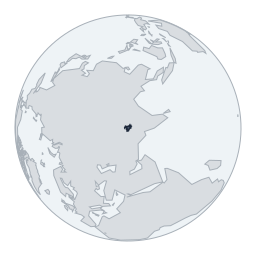 the Earth from above Haryana, rotated 259°
{"feature_id": "IND-2430", "entity_name": "Haryana", "entity_type": "State", "adm_level": 1, "iso_a3": "IND", "parent_name": "India", "parent_adm1": "", "projection": "orthographic", "projection_center": [76.236, 29.302], "detail": "fine", "context": "on_globe", "style": "filled", "palette": "slate", "viewbox_px": 256, "rotation_deg": 259, "n_neighbors": 0, "source": "natural_earth", "source_scale": "10m", "svg_char_len": 12051}
<svg xmlns="http://www.w3.org/2000/svg" viewBox="0 0 256 256"><g transform="rotate(259 128 128)"><circle cx="128" cy="128" r="113" fill="#eef3f6" stroke="#a8b0b8"/><path d="M157.9,19.4L158.0,19.5L165.6,22.7L170.9,24.7L167.5,23.7L179.4,28.7L185.4,32.6L176.8,27.7L174.6,26.9L177.8,29.0L176.2,28.6L176.8,29.6L174.6,29.1L169.8,26.6L168.2,26.3L170.6,27.9L169.8,28.7L166.6,26.3L165.0,27.5L156.7,24.3L149.9,19.7L143.5,18.6L131.9,16.2L131.1,16.5L126.3,16.2L123.6,16.5L122.2,16.3L121.3,16.8L123.1,17.0L123.3,17.4L122.0,17.7L119.9,17.3L120.3,17.1L119.0,17.2L118.6,16.9L118.0,17.2L115.7,17.0L115.9,17.8L112.3,18.0L111.3,17.7L114.2,17.0L118.9,15.7L126.8,15.4L134.6,15.6L142.5,16.3L150.2,17.6L157.9,19.4ZM101.9,18.4L103.1,18.1L102.8,18.3L105.3,17.9L102.0,18.8L97.4,20.0L95.1,20.4L93.0,21.0L92.8,21.5L86.3,23.5L77.9,27.2L76.6,27.8L77.4,27.4L85.3,23.8L93.5,20.8L101.9,18.4ZM175.0,26.5L173.1,25.4L175.5,26.6L175.0,26.5ZM177.2,29.8L178.3,30.3L178.2,30.6L177.2,29.8ZM107.0,17.5L106.2,17.7L107.0,17.5ZM108.9,17.3L109.4,17.1L110.4,16.9L110.0,17.0L108.9,17.3ZM174.7,30.2L174.1,30.7L173.8,29.7L174.7,30.2ZM108.0,17.6L112.0,16.7L113.7,16.5L113.8,16.9L108.0,17.6ZM173.3,30.8L172.0,32.4L174.3,33.4L167.3,31.6L170.6,30.7L169.9,29.2L171.6,30.4L173.3,30.8ZM124.3,17.0L122.3,16.8L125.3,16.7L124.3,17.0ZM126.1,16.9L134.8,16.7L137.1,17.4L133.7,17.2L137.6,18.0L134.4,18.4L131.5,18.0L130.7,17.5L130.1,18.1L126.1,16.9ZM163.6,30.5L162.6,30.6L162.7,30.0L163.6,30.5ZM123.7,17.5L125.2,17.4L127.3,17.9L124.5,18.4L124.7,18.0L123.7,17.5ZM140.2,18.2L141.2,18.8L138.9,19.2L139.0,19.5L134.5,18.5L140.2,18.2ZM123.6,18.1L123.0,18.6L120.8,18.7L122.3,17.8L123.6,18.1ZM128.9,17.9L129.8,18.2L128.4,18.1L128.9,17.9ZM112.6,19.7L114.5,19.3L115.7,19.5L112.6,19.7ZM123.0,18.9L123.8,18.8L124.5,18.9L123.7,19.3L123.0,18.9ZM133.2,18.9L132.0,19.1L134.9,19.4L133.3,19.9L130.6,19.1L131.1,19.7L130.6,19.8L129.0,19.1L133.2,18.9ZM124.9,20.1L121.0,19.6L117.3,20.3L116.1,20.0L122.2,19.1L124.9,20.1ZM127.4,19.5L125.6,19.8L125.1,19.3L126.0,18.8L127.4,19.5ZM133.2,20.5L136.4,19.9L136.8,20.1L133.2,20.5ZM124.0,20.3L125.0,20.5L123.8,20.4L124.0,20.3ZM130.5,20.5L131.5,20.2L132.1,20.5L130.5,20.5ZM126.1,21.0L124.8,20.8L125.3,20.4L126.1,21.0ZM128.2,20.9L128.6,21.3L126.3,20.4L128.6,20.7L128.2,20.9ZM130.8,20.8L131.5,20.8L130.3,20.9L130.8,20.8ZM124.6,22.7L121.6,21.8L122.8,20.9L125.6,21.9L124.6,22.7ZM16.2,118.2L19.3,99.4L21.0,95.3L23.6,88.5L37.4,76.7L37.8,80.5L45.7,85.7L46.3,87.6L42.5,92.1L46.3,104.3L50.8,101.5L56.9,109.7L62.8,112.3L69.8,103.2L60.2,98.6L61.3,92.9L71.2,92.3L80.0,96.8L80.7,94.8L77.5,88.2L81.9,85.7L76.6,85.7L77.0,88.3L73.7,88.4L73.2,86.1L74.8,85.2L72.8,83.2L65.8,88.4L65.4,91.6L58.8,89.5L57.5,94.7L54.9,95.9L56.0,87.6L57.7,85.2L57.9,75.1L55.5,77.2L55.2,87.1L54.2,85.7L51.0,89.2L52.7,85.4L53.7,74.5L49.3,72.6L39.5,78.2L37.8,76.8L38.2,72.8L45.9,64.0L48.9,68.2L51.6,65.7L54.6,60.0L55.2,61.9L56.8,60.3L58.3,61.8L63.8,59.9L65.9,61.2L71.4,56.9L73.2,57.1L69.4,59.5L67.9,62.1L73.3,65.8L75.3,65.4L78.5,62.4L79.6,64.0L82.0,60.7L86.8,61.6L82.9,57.8L86.5,54.7L91.2,53.5L91.7,52.0L84.1,53.9L81.6,55.4L80.6,57.7L73.4,61.7L70.8,61.3L75.8,54.8L72.6,53.7L77.9,49.6L95.4,46.1L101.0,46.9L103.1,54.6L99.9,56.0L97.5,53.8L96.6,58.6L98.2,56.9L99.1,58.4L102.8,56.1L103.6,57.1L105.7,53.5L107.1,54.5L105.8,56.7L112.4,54.8L116.3,56.3L117.4,55.5L117.5,54.1L122.4,57.2L123.0,56.5L121.6,55.1L121.9,52.8L124.4,50.0L125.9,51.3L125.3,52.4L126.1,56.9L124.1,60.1L125.0,60.4L127.1,57.9L126.0,52.4L127.1,50.4L128.1,52.8L127.8,51.8L128.8,51.2L131.2,51.9L130.4,49.2L139.3,42.4L144.9,43.4L144.8,46.1L152.7,43.7L158.4,45.6L157.1,44.3L160.0,42.6L158.3,41.9L157.9,41.2L164.6,37.5L167.4,37.8L168.9,35.3L168.2,34.7L166.2,34.3L167.3,31.6L174.3,33.4L175.4,34.7L179.0,35.3L181.0,38.2L184.4,41.1L184.5,44.3L187.1,46.6L188.2,46.6L192.7,50.0L197.9,57.3L188.7,51.3L179.9,41.6L183.1,45.4L180.9,44.6L181.1,46.1L183.5,48.9L184.7,49.2L180.9,55.3L183.7,64.3L187.1,62.7L190.6,64.5L196.7,74.9L195.6,91.7L200.3,95.6L201.5,98.8L199.5,101.6L197.6,97.0L194.4,96.1L193.6,93.3L189.8,96.8L188.6,92.9L186.2,97.8L188.6,100.5L192.5,98.6L190.9,104.9L196.6,109.2L198.7,115.6L194.3,129.1L187.5,134.4L187.4,136.6L183.9,135.0L180.4,139.9L187.8,150.1L188.0,153.4L181.9,161.0L181.5,158.6L172.3,154.3L171.4,162.3L178.4,167.6L180.9,174.4L175.8,173.1L173.3,167.0L170.0,165.3L170.3,158.4L166.5,148.7L161.4,151.3L161.2,147.1L155.2,139.1L147.5,142.4L135.7,154.0L135.0,164.5L130.5,169.0L122.9,153.9L121.4,143.5L117.4,144.2L110.6,134.9L95.2,132.3L94.1,129.4L91.0,130.1L86.4,126.4L85.1,121.5L81.8,121.0L85.4,133.9L89.1,134.4L93.7,130.8L93.9,135.1L98.5,139.6L89.5,148.1L68.5,151.8L68.3,143.6L62.0,118.2L63.2,116.0L63.3,115.7L63.3,115.1L60.8,118.5L60.4,113.6L61.8,130.7L61.2,137.4L68.2,152.1L67.1,153.0L69.9,156.4L81.2,156.4L80.9,158.9L74.4,169.1L60.4,179.9L63.3,190.3L64.2,198.0L57.8,200.1L60.9,206.2L57.9,206.6L59.4,209.6L58.4,211.5L55.9,212.0L49.1,207.4L46.7,204.4L40.3,196.5L30.5,178.8L30.2,173.3L28.8,167.4L24.0,151.1L24.9,144.7L24.1,140.6L22.2,139.2L21.6,134.3L20.6,132.8L16.3,126.1L16.2,118.2ZM29.7,84.9L28.6,86.7L29.7,84.9ZM87.4,107.0L93.9,109.2L94.3,102.0L96.8,102.4L96.0,99.9L94.3,101.5L92.8,94.9L96.8,93.9L97.7,91.0L95.5,90.1L88.4,93.2L90.5,102.4L87.6,104.6L87.4,107.0ZM75.8,28.2L76.1,28.0L75.3,28.5L75.8,28.2ZM64.0,50.8L63.3,52.5L61.1,53.8L58.5,53.0L61.8,51.0L64.0,50.8ZM62.9,54.6L68.6,48.9L70.4,49.5L68.4,50.1L69.1,51.0L66.1,52.3L62.3,58.7L60.0,60.4L56.5,57.5L58.9,57.4L59.4,55.6L62.9,54.6ZM79.8,36.1L82.3,34.4L83.0,37.7L80.6,38.9L77.9,38.0L79.2,36.0L79.8,36.1ZM107.4,18.7L108.3,18.4L108.8,18.4L108.5,18.7L107.4,18.7ZM113.4,19.5L104.0,20.5L104.6,20.1L98.4,21.6L97.5,21.1L101.5,20.1L96.2,21.0L99.4,19.9L95.7,20.8L104.7,18.6L107.4,17.9L104.7,18.8L105.5,19.2L106.7,19.1L112.0,18.6L118.2,17.6L119.9,18.1L119.5,18.7L118.3,19.0L117.6,18.6L116.5,19.3L114.4,18.9L113.4,19.5ZM113.8,29.7L113.5,28.4L111.0,31.1L108.9,30.2L108.7,30.6L106.1,30.5L102.7,31.3L102.2,30.7L101.1,31.2L99.4,31.4L97.7,32.0L96.1,31.2L93.9,32.0L94.4,31.2L91.1,32.8L92.9,31.3L90.8,31.5L90.1,32.8L86.0,28.6L82.8,28.4L79.2,29.3L82.8,27.0L88.5,25.0L94.6,23.7L97.2,24.3L98.3,23.3L99.9,23.4L98.3,24.2L101.7,23.1L102.5,23.5L108.0,23.2L112.3,21.8L114.4,21.8L113.2,22.5L116.2,22.1L115.2,23.5L116.7,23.6L117.3,25.2L114.0,26.7L115.9,26.7L116.4,28.2L113.8,29.7ZM124.7,23.2L121.2,24.9L118.3,25.3L118.6,22.4L117.4,22.1L117.4,20.5L121.5,20.0L121.1,20.5L121.7,20.8L120.2,20.8L121.8,21.1L121.3,21.8L122.5,22.3L121.0,22.7L124.7,23.2ZM48.6,86.6L49.3,87.5L50.8,88.4L48.8,90.8L48.6,86.6ZM49.1,79.2L50.0,79.5L47.9,82.9L47.1,82.1L49.1,79.2ZM52.3,76.8L50.2,79.2L50.9,77.4L52.3,76.8ZM70.4,59.7L71.6,60.0L71.0,60.8L69.6,61.6L70.4,59.7ZM105.9,38.8L106.2,37.7L107.0,37.6L109.5,35.4L111.3,36.1L110.4,37.7L105.9,38.8ZM67.2,104.2L64.4,105.3L64.0,104.0L65.0,103.8L67.2,104.2ZM55.4,97.9L57.2,100.6L54.8,98.5L55.4,97.9ZM108.3,39.2L109.1,38.2L109.4,39.2L108.3,39.2ZM112.7,36.5L113.4,37.5L111.8,36.0L112.7,36.5ZM118.5,237.9L120.4,238.4L118.5,238.3L118.5,237.9ZM80.8,201.7L78.3,213.1L73.6,211.8L71.2,207.7L71.0,200.4L75.9,199.6L77.9,196.5L80.8,201.7ZM203.4,184.2L205.8,183.7L205.7,184.2L203.4,184.2ZM200.9,183.7L203.8,182.8L200.3,184.8L200.9,183.7ZM204.9,182.4L207.8,180.5L209.1,179.3L208.8,180.3L204.9,182.4ZM198.8,184.4L187.2,187.6L182.4,187.5L183.7,185.7L191.4,184.2L198.8,184.4ZM183.3,185.7L175.8,182.6L164.6,170.5L168.7,170.2L180.2,176.7L179.5,178.2L184.0,181.0L183.3,185.7ZM200.9,172.6L200.1,177.1L193.8,178.6L190.9,178.7L188.9,173.7L190.0,170.5L192.5,170.0L201.2,157.5L204.4,158.9L201.9,163.9L204.5,166.9L200.9,172.6ZM135.6,165.4L138.5,171.4L136.0,172.5L135.6,165.4ZM204.2,149.4L201.0,154.9L203.7,148.0L204.2,149.4ZM205.4,143.1L205.9,145.3L204.2,143.6L205.4,143.1ZM187.8,139.8L185.3,140.9L184.9,139.3L188.0,136.9L187.8,139.8ZM200.3,121.1L201.4,125.9L201.2,127.7L199.6,125.2L200.3,121.1ZM124.2,45.6L118.7,47.6L115.9,50.0L116.1,52.5L113.4,50.0L117.8,46.4L124.2,45.6ZM137.3,42.6L137.1,40.6L138.7,41.1L139.0,41.6L137.3,42.6ZM136.1,41.7L132.9,40.1L133.8,38.8L136.1,40.3L136.1,41.7ZM120.4,39.2L118.6,39.7L118.4,38.8L120.4,39.2ZM208.2,207.1L210.1,204.9L208.1,206.8L211.2,203.4L207.8,207.0L208.5,205.5L206.8,206.2L189.4,218.1L186.4,218.7L188.7,216.3L189.0,210.7L190.2,210.5L191.4,206.0L202.5,198.0L211.0,186.9L215.3,185.1L219.8,177.1L223.7,175.0L221.5,180.6L224.4,180.9L229.3,168.0L228.2,177.6L228.3,179.1L227.4,181.0L223.3,188.0L218.7,194.8L213.7,201.1L208.2,207.1ZM209.4,182.3L213.0,177.7L214.7,176.6L209.4,182.3ZM238.5,150.1L238.3,150.7L238.5,150.0L238.5,149.9L238.5,150.1ZM238.7,148.6L238.8,148.4L238.9,147.6L238.8,148.4L238.7,148.6ZM238.7,148.0L238.7,148.6L238.6,148.3L238.7,148.0ZM238.4,148.8L238.2,148.8L238.3,148.5L238.4,148.8ZM233.6,157.6L234.7,160.6L233.3,162.3L231.9,161.1L229.8,165.7L225.8,168.5L227.0,165.8L226.7,163.3L222.0,165.2L221.0,163.8L222.9,161.4L219.4,161.8L223.3,158.8L224.6,161.9L226.7,157.5L229.8,155.9L232.5,154.9L234.2,155.9L233.6,157.6ZM222.8,167.7L223.5,167.3L222.8,168.8L222.8,167.7ZM237.8,148.0L238.1,148.9L238.0,149.5L237.8,149.7L237.8,148.0ZM234.6,154.7L236.7,149.1L237.0,148.6L235.6,153.9L234.6,154.7ZM236.4,147.5L237.1,146.9L237.4,148.2L237.2,148.9L236.4,147.5ZM215.1,168.2L214.9,169.4L213.8,169.0L215.1,168.2ZM216.5,166.8L219.6,166.5L216.2,167.9L216.5,166.8ZM206.2,167.3L207.2,169.6L210.5,166.6L208.0,170.0L210.0,173.5L209.2,175.5L207.2,171.6L206.2,176.8L204.7,177.3L204.1,173.4L205.7,167.7L207.1,165.0L213.0,161.7L206.2,167.3ZM216.6,163.6L215.7,160.8L216.3,158.4L217.3,159.6L216.6,163.6ZM212.8,154.3L210.1,151.6L208.0,153.9L212.0,146.9L214.0,150.6L212.8,154.3ZM210.0,146.9L208.1,149.1L209.9,145.2L210.0,146.9ZM207.4,148.0L206.8,145.5L208.5,145.2L207.4,148.0ZM211.1,146.6L211.0,142.0L212.1,144.3L211.1,146.6ZM205.2,139.8L209.5,142.8L204.5,142.7L202.8,134.1L204.9,133.2L205.2,139.8ZM207.3,100.3L206.0,98.1L207.4,96.8L207.9,98.7L207.3,100.3ZM210.8,91.2L207.3,95.7L204.4,99.6L206.0,100.3L206.5,104.8L203.4,101.7L204.4,95.9L206.9,93.7L206.0,90.1L207.0,86.8L204.7,82.7L204.7,80.5L207.5,83.6L210.8,91.2ZM203.6,81.1L199.9,73.7L203.2,73.4L204.7,74.9L205.0,78.3L203.3,78.3L203.6,81.1ZM200.0,71.9L198.3,71.9L189.2,62.9L188.1,61.0L196.8,67.2L195.6,67.6L197.2,70.0L200.0,71.9ZM163.6,31.2L162.7,30.7L163.9,30.9L163.6,31.2ZM156.9,40.9L156.6,39.9L158.0,40.1L156.9,40.9ZM156.5,37.4L155.1,37.9L155.9,36.9L156.5,37.4ZM152.0,39.1L154.2,37.8L153.0,39.9L152.0,39.1Z" fill="#d9dde1" stroke="#a8b0b8" stroke-width="1"/><path d="M129.0,124.8L129.2,125.0L129.3,125.0L129.5,125.2L129.5,125.3L129.5,125.5L129.8,125.7L129.9,125.8L130.0,125.8L130.1,125.7L130.0,125.8L130.3,125.9L130.3,126.0L130.0,126.3L129.9,126.4L129.9,126.5L129.7,126.7L129.7,126.8L129.6,127.0L129.5,127.3L129.4,127.5L129.5,127.6L129.4,127.7L129.4,127.8L129.5,127.8L129.6,128.0L129.6,128.3L129.6,128.5L129.7,128.8L129.4,128.8L129.2,128.9L129.2,129.0L129.2,129.3L129.1,129.5L129.3,129.5L129.5,129.6L129.8,129.5L130.0,129.6L130.1,129.8L130.2,130.0L130.3,130.1L130.2,130.1L130.3,130.2L130.2,130.2L130.2,130.4L130.1,130.5L130.1,130.8L129.9,130.8L129.7,131.0L129.7,130.9L129.6,131.0L129.4,130.9L129.4,131.0L129.5,131.1L129.4,131.1L129.2,131.2L129.2,130.9L129.2,130.7L129.2,130.3L129.2,130.2L128.9,130.2L128.7,130.4L128.7,130.5L128.4,130.5L128.4,130.4L128.4,130.2L128.2,130.3L128.2,130.2L128.2,130.3L128.2,130.5L128.1,130.4L127.9,130.4L127.9,130.5L127.9,130.8L128.0,130.9L127.9,130.9L127.7,130.8L127.5,130.7L127.6,130.4L127.6,130.2L127.5,129.9L127.4,129.8L127.3,129.7L127.2,129.7L126.9,129.3L126.8,129.0L126.8,128.9L126.7,128.9L126.7,128.7L126.8,128.7L126.7,128.5L126.6,128.4L126.5,128.2L126.4,128.1L126.2,128.1L125.9,128.0L125.8,127.9L125.7,127.8L125.4,127.8L125.2,127.9L125.1,127.7L125.2,127.4L125.2,127.2L125.1,126.9L125.1,126.7L125.3,126.8L125.3,126.7L125.6,126.6L125.8,126.7L125.8,126.8L126.0,126.8L126.1,127.0L126.2,126.9L126.2,127.0L126.3,127.1L126.2,127.1L126.2,127.3L126.3,127.4L126.3,127.5L126.4,127.4L126.5,127.3L126.5,127.2L126.8,127.0L127.0,127.1L127.3,127.0L127.5,127.1L127.8,127.0L128.0,126.9L127.9,126.8L127.9,126.7L128.0,126.5L127.9,126.4L128.0,126.4L128.3,126.3L128.4,126.5L128.5,126.5L128.7,126.3L128.7,126.2L128.8,125.9L129.0,125.8L129.1,125.7L129.1,125.4L129.0,125.2L129.0,124.9L128.9,124.8L129.0,124.8Z" fill="#64748b" stroke="#1e293b" stroke-width="1.5"/></g></svg>